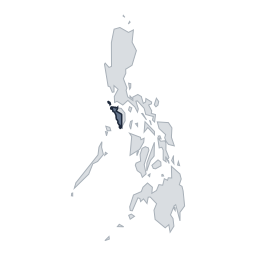 location of Mindoro Occidental within Philippines
{"feature_id": "PHL-2570", "entity_name": "Mindoro Occidental", "entity_type": "Province", "adm_level": 1, "iso_a3": "PHL", "parent_name": "Philippines", "parent_adm1": "", "projection": "equal_earth", "projection_center": [120.676, 13.012], "detail": "fine", "context": "in_parent", "style": "filled", "palette": "slate", "viewbox_px": 256, "rotation_deg": 0, "n_neighbors": 0, "source": "natural_earth", "source_scale": "10m", "svg_char_len": 5667}
<svg xmlns="http://www.w3.org/2000/svg" viewBox="0 0 256 256"><path d="M119.9,27.5L128.5,32.4L133.4,29.9L132.1,42.2L136.4,50.6L132.0,65.3L125.7,69.2L125.8,73.3L123.4,78.7L126.9,87.9L126.1,90.3L127.7,96.8L132.9,100.5L132.8,97.1L137.8,94.5L141.3,96.5L143.3,103.4L145.6,102.0L145.9,98.5L151.6,102.0L151.5,103.8L148.6,105.0L151.7,110.9L151.3,113.4L155.5,114.6L154.6,122.0L152.5,120.0L153.3,116.5L145.8,114.5L144.1,108.2L137.4,100.9L135.9,101.2L138.3,108.9L137.5,112.1L134.9,107.0L127.9,100.4L122.8,105.0L117.0,101.3L114.6,102.5L114.3,96.5L118.1,89.3L114.0,85.6L114.0,91.9L112.3,92.3L110.1,87.0L108.1,86.1L104.5,64.2L105.2,63.1L109.0,67.4L111.5,66.4L111.4,42.6L114.1,29.2L119.9,27.5ZM171.4,166.3L179.9,173.9L181.2,179.0L179.3,184.7L182.0,186.4L183.1,190.9L184.6,206.0L180.0,212.3L180.0,220.9L175.7,204.7L174.1,205.8L170.5,214.9L173.0,218.5L173.9,226.2L170.1,232.2L168.8,224.7L165.2,227.8L155.1,219.4L154.0,210.1L156.6,203.7L150.2,197.0L148.2,197.2L147.0,203.5L143.5,198.9L140.6,201.6L139.9,198.5L137.9,197.9L132.3,210.8L130.2,210.5L129.7,206.8L133.5,195.0L141.3,191.6L143.0,187.2L147.5,183.0L152.4,187.2L151.8,193.3L156.5,190.5L158.9,184.6L162.7,185.2L164.3,178.7L167.5,180.3L168.3,177.8L171.7,178.0L171.4,166.3ZM146.1,173.9L142.3,177.3L140.8,173.2L137.2,170.6L135.3,165.2L136.1,163.1L140.6,161.1L140.1,154.5L142.1,148.4L145.3,146.7L148.3,147.9L148.9,150.1L144.2,164.6L146.1,173.9ZM168.4,122.6L171.9,127.9L171.4,137.3L174.3,145.9L168.4,144.4L166.1,141.3L164.7,137.8L165.6,134.6L159.1,128.5L157.3,121.9L168.4,122.6ZM129.5,133.2L140.4,137.3L141.0,139.7L144.1,138.2L143.7,142.1L139.6,149.4L130.0,155.4L131.7,136.5L129.5,133.2ZM88.7,174.2L74.3,188.3L75.9,182.8L98.0,154.9L99.0,147.1L101.9,141.7L101.6,147.4L103.4,154.5L97.6,161.5L92.8,163.8L88.7,174.2ZM111.8,107.0L121.2,108.4L124.9,113.1L125.1,120.8L121.6,127.4L117.9,122.8L114.7,112.5L111.1,108.7L111.8,107.0ZM160.7,141.2L164.9,140.8L166.0,143.3L165.9,150.0L168.9,157.6L167.5,159.5L165.6,156.6L166.1,161.9L163.2,159.8L163.2,150.1L161.8,147.3L159.2,147.9L157.8,138.2L160.7,141.2ZM146.7,171.1L146.9,163.0L154.4,142.3L154.1,156.1L150.5,160.4L146.7,171.1ZM161.0,165.8L155.5,168.8L153.3,168.4L151.9,165.3L158.0,159.9L160.8,162.0L161.0,165.8ZM145.0,121.7L154.4,131.4L154.5,134.8L147.8,127.5L144.1,132.1L145.0,121.7ZM157.9,105.2L155.9,106.8L154.3,104.7L156.4,98.2L158.7,101.5L157.9,105.2ZM134.5,216.3L130.2,219.2L128.7,215.3L131.3,214.1L134.5,216.3ZM105.8,126.2L109.8,127.4L110.8,130.7L107.2,130.8L105.8,126.2ZM129.5,106.7L131.8,107.9L130.5,111.9L128.5,110.0L129.5,106.7ZM119.3,224.3L123.7,226.8L117.4,226.6L119.3,224.3ZM173.9,163.8L171.6,160.6L173.6,155.5L173.4,158.6L173.9,163.8ZM132.2,120.6L130.7,129.2L129.6,125.7L130.5,121.5L132.2,120.6ZM109.0,236.5L109.3,239.1L104.9,240.6L109.0,236.5ZM130.8,83.7L130.7,87.5L129.7,89.2L128.6,83.2L130.8,83.7ZM138.8,150.7L136.9,155.7L136.9,152.8L138.8,150.7ZM107.5,132.2L106.5,135.8L105.5,131.6L107.5,132.2ZM161.1,138.9L159.6,139.0L158.2,136.1L159.9,135.8L161.1,138.9ZM137.6,123.1L137.6,126.4L135.5,123.7L137.6,123.1ZM179.6,165.6L177.5,165.0L178.4,161.5L179.6,165.6ZM142.7,113.4L146.5,119.9L141.7,113.5L142.7,113.4ZM107.2,153.4L104.7,155.3L105.4,152.3L107.2,153.4ZM150.0,173.9L149.6,176.6L148.1,175.2L150.0,173.9ZM150.5,121.3L151.3,125.1L149.5,120.3L150.5,121.3ZM72.7,196.0L71.4,195.8L71.7,193.3L72.7,193.0L72.7,196.0ZM163.6,176.0L161.9,176.2L161.8,174.7L162.8,174.4L163.6,176.0ZM175.2,210.6L174.0,208.8L174.4,207.0L175.2,207.9L175.2,210.6ZM109.6,102.3L110.3,104.4L108.4,101.9L109.6,102.3ZM168.5,160.6L169.2,163.5L167.3,160.0L168.5,160.6ZM130.1,22.2L128.3,24.0L129.6,21.4L130.1,22.2ZM132.5,98.7L130.0,97.0L130.0,95.9L132.5,98.7ZM123.3,15.4L124.9,17.3L123.1,16.0L123.3,15.4Z" fill="#d9dde1" stroke="#a8b0b8" stroke-width="1"/><path d="M121.7,127.4L121.7,127.5L121.3,127.2L121.1,127.1L120.4,127.1L120.1,126.9L120.0,126.6L119.9,126.1L120.0,125.7L120.1,125.9L120.2,126.1L120.3,126.1L120.5,126.0L120.4,125.9L120.3,126.0L120.2,126.0L120.2,125.7L119.9,125.4L119.8,125.5L119.8,125.8L119.7,125.6L119.4,125.4L119.2,125.1L119.1,124.7L118.8,124.4L118.7,124.3L118.6,124.2L118.1,123.1L117.8,122.8L117.9,122.4L118.0,121.8L118.0,121.5L117.9,121.2L117.8,120.9L117.5,120.4L117.3,119.9L117.1,119.6L116.9,119.5L116.6,119.5L116.5,119.4L116.4,119.0L116.4,118.9L116.3,118.6L116.3,118.4L116.3,118.2L116.1,117.8L116.1,117.7L116.2,117.4L116.2,117.2L116.2,116.5L116.1,116.0L116.0,115.1L115.8,114.6L115.3,113.7L114.9,112.7L114.6,112.3L114.1,112.0L113.9,111.7L113.7,111.6L113.3,111.6L113.1,111.5L113.3,111.2L113.0,110.9L112.7,110.4L112.6,109.9L112.5,108.8L112.4,108.5L112.3,108.4L112.2,108.4L112.0,108.5L111.9,108.5L111.7,108.8L111.4,109.1L111.1,109.1L111.0,108.9L110.8,108.7L110.7,108.4L110.7,108.2L110.8,107.8L110.9,107.5L111.1,107.2L111.3,107.0L111.6,106.9L111.8,106.9L112.6,107.1L113.3,107.2L113.5,107.1L114.0,107.3L114.3,107.4L114.8,107.3L115.0,107.4L115.2,107.6L115.4,107.4L115.5,107.5L115.7,107.8L115.9,107.8L116.1,107.8L116.5,107.6L117.5,107.3L117.6,107.2L117.6,107.3L117.6,108.1L117.6,108.5L117.5,108.8L116.2,111.1L121.1,113.9L121.5,114.3L121.7,114.7L121.7,127.4ZM110.2,104.0L110.3,104.0L110.5,104.3L110.3,104.5L110.2,104.6L110.2,104.4L110.0,104.1L109.9,104.0L109.7,104.0L109.6,103.9L109.6,103.7L109.4,103.5L109.3,103.4L109.1,103.4L108.9,103.3L108.8,103.1L108.4,102.9L108.2,102.7L108.1,102.3L108.1,101.9L108.1,101.6L108.4,101.5L108.5,101.6L108.8,101.8L109.1,102.0L109.3,102.1L109.5,102.2L109.7,102.3L109.9,102.5L110.3,103.3L110.3,103.5L110.1,103.6L110.1,103.8L110.2,104.0ZM120.2,127.8L120.3,128.1L120.4,128.3L120.2,128.4L120.0,128.2L119.9,128.1L119.8,127.8L119.6,127.6L119.4,127.4L119.3,126.9L119.5,126.5L119.9,126.7L120.0,127.0L120.1,127.6L120.2,127.8Z" fill="#64748b" stroke="#1e293b" stroke-width="1.5"/></svg>